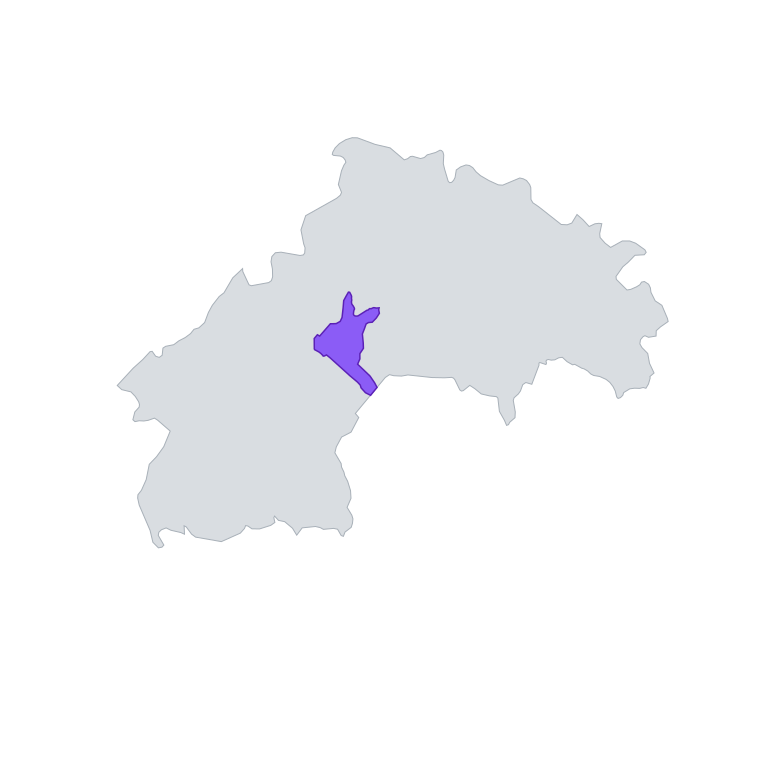 Dabola on a map of Guinea (Albers equal-area conic projection), rotated 310°
{"feature_id": "GIN-5632", "entity_name": "Dabola", "entity_type": "Prefecture", "adm_level": 1, "iso_a3": "GIN", "parent_name": "Guinea", "parent_adm1": "", "projection": "albers", "projection_center": [-11.021, 10.553], "detail": "fine", "context": "in_parent", "style": "filled", "palette": "violet", "viewbox_px": 768, "rotation_deg": 310, "n_neighbors": 0, "source": "natural_earth", "source_scale": "10m", "svg_char_len": 4937}
<svg xmlns="http://www.w3.org/2000/svg" viewBox="0 0 768 768"><g transform="rotate(310 384 384)"><path d="M462.7,493.3L457.0,492.5L454.5,493.6L447.0,502.5L442.4,506.0L435.4,504.9L432.9,505.5L431.1,504.5L433.6,499.6L437.2,490.0L446.4,480.3L446.6,478.3L442.8,472.6L438.9,464.9L438.8,456.6L438.1,450.6L429.9,449.0L428.4,447.9L428.2,445.9L432.8,435.6L433.2,433.5L432.6,431.6L427.6,426.3L419.8,416.6L406.3,396.5L401.3,392.3L396.6,386.1L394.7,382.2L389.8,380.8L343.0,381.0L342.1,386.2L326.0,389.7L316.1,385.6L305.1,387.9L299.7,390.6L295.5,402.3L293.1,404.8L290.7,410.0L288.5,412.9L286.1,418.7L280.8,426.9L275.2,432.2L265.8,435.0L262.8,443.7L260.7,446.9L257.0,449.4L253.1,451.0L245.5,449.3L241.2,450.8L240.4,448.6L242.9,441.8L241.0,438.2L233.7,431.0L233.0,427.5L230.8,423.1L221.2,413.8L212.1,414.3L214.7,406.6L214.7,396.4L211.7,390.8L212.5,385.1L210.8,385.5L207.8,389.4L202.9,388.1L193.1,381.9L188.2,376.0L187.7,371.0L186.6,369.0L183.6,370.0L177.4,369.8L158.7,360.7L145.6,338.1L145.3,333.1L147.4,324.4L146.9,322.0L140.7,327.7L139.6,323.8L135.0,314.8L133.7,309.6L129.3,307.2L125.7,306.8L122.9,308.4L119.1,318.9L116.3,318.8L113.5,316.5L114.2,308.7L121.5,298.9L133.9,274.3L138.3,268.6L141.0,266.7L146.7,266.5L157.9,263.3L171.6,255.8L182.1,256.5L194.4,255.6L210.5,250.5L210.8,233.8L210.3,230.1L204.6,226.7L201.3,223.8L198.5,220.1L195.1,217.4L195.2,214.6L202.4,211.1L208.9,211.3L211.1,209.9L212.7,207.5L214.6,201.5L215.3,195.2L211.1,186.7L211.4,180.6L234.9,181.7L247.8,183.5L258.4,184.0L260.0,185.4L258.5,191.2L259.9,194.7L263.4,195.6L269.4,191.6L272.5,192.5L279.0,197.7L285.2,199.1L291.9,201.9L298.2,203.4L303.8,203.3L308.0,206.1L315.8,207.1L326.0,203.5L334.0,201.9L345.2,201.5L351.0,202.8L368.1,199.9L381.5,201.5L379.4,203.5L373.2,216.8L374.0,219.2L387.6,230.5L390.8,231.3L394.5,229.8L400.4,224.6L405.0,218.9L409.5,216.2L414.7,216.4L418.8,220.4L428.5,237.1L431.0,239.2L433.3,239.1L437.6,236.0L439.7,232.4L448.7,221.3L462.6,215.8L495.7,228.3L500.6,229.2L503.5,228.3L507.5,220.8L520.0,214.4L525.9,212.6L529.3,212.3L530.6,210.3L531.3,207.2L530.6,204.1L526.7,198.4L526.6,196.8L528.7,195.7L533.5,194.8L539.6,195.3L546.6,197.7L552.2,201.3L555.5,205.4L561.8,223.1L568.8,236.9L568.7,255.4L571.8,257.3L575.2,258.0L576.8,259.5L580.2,267.1L583.4,269.3L587.3,269.8L594.5,274.7L599.1,276.6L599.8,278.0L599.6,280.0L597.8,282.6L590.9,287.8L587.6,292.2L580.6,302.8L580.4,304.8L581.9,306.2L584.8,306.4L587.9,305.7L594.4,301.8L599.5,303.1L604.5,306.0L606.3,309.0L606.8,313.0L605.7,318.2L605.6,323.9L607.3,333.7L610.0,343.5L612.6,347.1L629.1,355.6L630.7,358.8L631.5,362.4L630.4,367.4L628.8,370.2L619.8,378.0L618.5,381.6L619.2,388.4L620.1,417.2L623.7,422.0L628.0,424.4L637.9,422.9L637.7,430.9L636.5,439.9L642.3,442.6L645.2,445.3L646.8,447.8L637.8,452.6L635.1,455.4L634.0,462.9L634.3,469.8L646.7,474.6L651.5,480.3L653.6,486.3L654.5,497.6L653.4,500.2L650.3,500.3L643.9,493.5L634.4,492.8L627.3,491.6L615.5,492.6L613.5,494.7L612.2,509.7L615.1,512.2L620.8,515.0L624.5,516.2L627.6,515.8L629.9,517.6L630.5,522.6L628.9,526.2L625.8,529.6L622.0,538.3L622.9,546.3L616.4,559.0L614.5,561.5L605.6,559.1L599.8,558.3L595.6,561.6L589.8,556.6L588.7,552.8L586.6,552.0L582.8,552.0L579.2,554.2L577.7,558.2L576.9,566.4L570.5,574.1L566.0,583.8L560.7,582.9L559.6,584.1L554.0,586.6L549.1,587.4L547.9,584.8L545.0,582.7L541.9,578.7L538.3,575.4L531.5,573.1L528.8,574.2L525.6,573.9L523.4,572.6L523.7,570.6L527.3,565.6L529.3,561.0L530.4,556.0L530.3,551.2L528.4,544.4L525.3,539.1L524.6,536.0L524.9,531.6L524.2,527.5L523.2,525.3L521.7,517.5L519.9,516.1L518.8,509.9L519.1,503.5L516.4,501.0L512.3,499.3L509.8,496.8L508.3,494.0L506.8,493.2L505.6,493.4L504.4,495.1L503.0,495.5L500.6,489.5L499.6,489.3L497.9,490.7L478.8,497.4L476.3,491.7L472.7,490.7L466.4,493.0L462.7,493.3Z" fill="#d9dde1" stroke="#a8b0b8" stroke-width="1"/><path d="M376.9,380.9L374.3,380.9L366.7,381.0L365.4,375.4L366.3,368.9L367.9,366.5L368.4,362.5L368.4,352.8L369.4,325.8L369.3,321.3L367.1,320.3L366.3,319.5L366.5,319.1L366.8,316.0L366.7,313.6L365.7,308.7L366.3,307.8L366.7,307.6L367.2,307.1L374.0,301.3L378.9,301.3L379.4,303.9L395.7,304.2L397.2,306.0L399.6,308.6L403.8,310.2L408.0,309.1L416.1,303.7L422.0,299.5L427.5,298.4L431.5,297.7L432.2,298.7L432.0,299.3L430.9,301.9L430.4,302.7L429.9,303.2L429.6,303.4L429.0,303.8L428.3,304.5L427.7,305.2L427.3,305.5L426.9,305.8L426.2,306.1L425.0,307.3L424.6,307.9L424.4,308.4L423.9,310.5L423.2,312.2L422.8,312.9L422.3,313.3L421.4,313.5L420.7,313.8L419.7,314.4L417.8,315.7L417.5,316.4L417.3,317.0L417.4,317.7L417.7,318.4L418.2,319.1L418.8,319.8L419.7,320.4L429.5,323.5L430.1,324.0L430.4,324.2L430.8,324.3L431.9,324.4L432.3,324.5L432.7,324.7L433.4,325.7L433.8,325.9L435.6,326.8L435.9,327.1L436.2,327.5L437.2,329.2L437.4,329.5L439.2,331.3L437.4,332.3L435.2,335.0L429.7,335.7L423.8,335.3L421.1,332.6L418.5,331.7L413.7,333.5L408.4,335.3L402.0,341.8L398.1,345.3L391.7,346.0L387.7,349.4L382.2,351.1L381.1,368.2L378.9,376.0L376.9,380.9Z" fill="#8b5cf6" stroke="#5b21b6" stroke-width="1.5"/></g></svg>